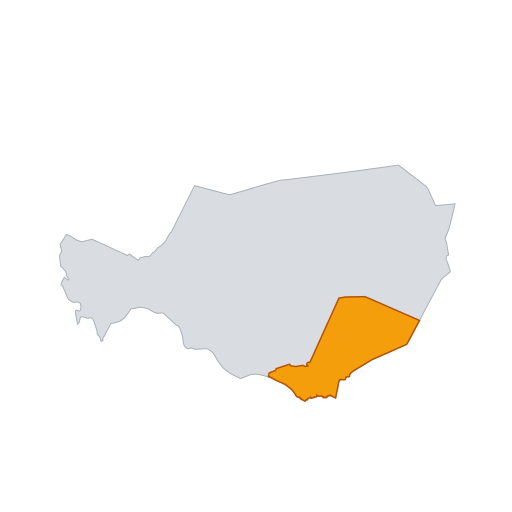 Diffa on a map of Niger (orthographic projection), rotated 24°
{"feature_id": "NER-796", "entity_name": "Diffa", "entity_type": "Department", "adm_level": 1, "iso_a3": "NER", "parent_name": "Niger", "parent_adm1": "", "projection": "orthographic", "projection_center": [13.155, 15.532], "detail": "fine", "context": "in_parent", "style": "filled", "palette": "amber", "viewbox_px": 512, "rotation_deg": 24, "n_neighbors": 0, "source": "natural_earth", "source_scale": "10m", "svg_char_len": 6588}
<svg xmlns="http://www.w3.org/2000/svg" viewBox="0 0 512 512"><g transform="rotate(24 256 256)"><path d="M386.4,353.3L382.2,353.3L379.7,354.1L376.7,356.5L373.2,357.4L369.0,359.5L366.4,361.2L363.9,362.5L360.5,365.7L359.3,368.1L355.9,368.6L351.2,368.2L348.1,365.7L341.1,363.1L336.6,362.0L334.5,361.7L323.7,361.1L312.3,362.0L306.5,363.1L305.4,363.4L302.1,364.9L299.3,366.6L291.8,374.3L282.0,373.9L276.2,372.9L271.3,371.6L264.4,367.7L256.0,361.9L252.8,361.1L249.8,360.6L248.8,360.6L238.5,366.0L236.6,365.8L234.2,366.3L232.6,367.7L231.4,368.4L230.2,368.4L228.6,368.1L227.0,367.2L225.5,365.6L221.5,359.2L220.6,358.1L218.9,356.2L216.0,353.2L214.0,351.8L212.7,351.4L211.3,351.6L203.2,348.9L195.2,346.0L193.4,346.2L192.1,346.7L189.2,348.6L185.9,348.8L181.7,348.5L179.4,348.1L175.7,348.6L173.2,349.3L169.9,350.5L165.6,353.9L164.4,354.3L163.4,354.8L161.6,364.5L160.4,367.4L158.1,371.2L153.8,374.7L150.8,376.8L150.7,379.9L150.3,384.8L150.1,388.2L150.2,390.4L149.7,391.5L149.5,392.4L149.6,393.9L150.2,394.6L150.6,395.5L150.3,396.2L148.9,397.0L147.5,394.8L145.6,393.1L143.5,392.3L142.2,391.1L141.5,389.5L138.8,386.3L132.7,379.9L132.0,379.8L131.0,379.5L129.2,380.1L128.0,381.1L127.3,381.4L126.1,381.4L123.0,382.0L120.6,382.9L120.5,383.7L121.5,388.3L120.8,390.8L119.8,389.6L116.5,384.8L114.2,381.2L113.8,380.4L113.5,379.2L113.8,378.7L114.8,378.4L117.0,378.1L117.4,377.7L117.6,376.8L117.3,375.0L116.2,372.6L115.0,370.9L114.3,370.6L112.9,370.5L111.5,370.6L108.7,372.4L107.5,372.7L104.8,372.4L102.3,371.9L100.9,370.8L96.6,366.7L91.8,362.4L89.8,361.7L89.4,361.2L89.2,358.1L89.4,354.4L89.8,353.4L91.8,354.1L93.9,354.5L94.7,353.8L93.0,352.4L90.6,350.9L89.7,348.8L89.0,348.1L88.0,347.3L86.7,346.8L85.4,346.2L84.6,345.5L83.1,345.2L81.6,344.7L79.6,341.2L77.6,337.9L76.5,335.3L76.1,333.7L76.9,331.2L76.3,330.1L74.0,327.3L72.2,324.7L72.9,321.0L73.5,317.9L73.6,315.9L74.0,314.8L74.3,313.5L75.7,313.2L79.0,313.4L85.6,314.4L90.8,314.0L91.1,313.9L95.0,310.8L99.3,307.4L105.5,307.4L112.2,307.4L117.5,307.5L125.2,307.7L131.4,307.7L138.6,307.8L138.9,306.2L139.4,305.8L140.1,305.8L145.3,306.9L150.3,308.0L150.8,304.9L155.3,301.3L157.8,300.6L158.5,299.9L159.3,298.7L159.9,296.7L160.2,295.3L161.1,294.1L161.9,292.0L163.0,288.2L165.6,284.3L167.3,278.9L167.7,273.6L168.2,269.6L168.9,268.8L169.2,261.7L169.5,254.6L169.8,248.6L170.1,241.1L170.4,234.5L170.8,227.3L171.1,220.9L171.3,216.7L176.3,215.9L181.5,215.0L189.0,213.8L197.2,212.5L206.2,211.0L208.2,209.9L215.2,204.0L218.3,201.4L224.5,196.0L229.3,191.9L235.4,186.7L241.8,181.5L246.9,177.3L254.9,172.6L266.8,165.5L278.7,158.3L290.6,151.2L302.4,144.0L314.2,136.8L325.9,129.5L337.6,122.3L349.2,115.0L360.9,117.8L371.9,120.5L383.0,123.2L385.7,124.6L391.6,129.9L399.2,136.6L399.6,136.7L399.9,136.7L407.2,132.7L416.6,127.4L416.6,127.5L419.3,141.4L421.3,153.4L421.5,161.0L421.6,163.0L422.4,164.4L424.2,165.7L431.5,176.7L430.0,178.6L431.1,182.1L433.0,183.5L439.0,190.0L439.8,191.3L439.5,192.4L435.5,200.2L434.8,202.1L434.1,212.1L433.6,219.1L432.9,228.7L432.1,240.2L431.5,250.0L430.6,262.8L429.7,275.0L423.7,281.8L413.0,293.7L404.2,303.4L399.7,309.9L391.1,322.6L387.2,330.7L384.2,335.0L382.7,336.8L384.0,342.8L386.4,353.3Z" fill="#d9dde1" stroke="#a8b0b8" stroke-width="1"/><path d="M386.4,353.3L380.6,353.0L379.9,353.2L379.7,353.3L379.7,353.8L379.3,354.0L378.4,354.9L378.2,355.1L378.1,355.4L378.1,355.5L378.2,355.8L378.2,356.0L377.8,356.0L377.7,356.0L377.5,356.4L377.6,356.5L377.9,356.5L377.5,357.1L376.9,357.3L376.3,357.4L375.6,357.7L375.8,357.3L375.7,357.1L375.3,357.1L375.2,357.5L375.0,357.4L374.6,357.5L374.2,357.5L373.9,357.4L374.0,357.2L373.4,357.1L372.8,357.3L370.6,358.4L370.0,358.5L369.3,358.4L369.2,358.8L368.7,358.6L368.3,358.5L368.5,358.8L368.9,359.0L369.0,359.2L368.7,359.5L368.0,360.2L368.0,360.3L368.0,360.5L367.8,360.5L367.7,360.5L367.3,360.7L367.2,360.8L367.3,361.1L367.4,361.3L367.5,361.3L367.1,361.4L366.9,361.1L366.7,361.1L366.5,361.5L365.9,362.3L365.5,362.6L365.0,362.7L364.7,362.8L364.6,363.4L364.4,363.5L364.0,363.4L363.8,363.3L363.6,363.1L363.3,362.9L363.3,363.3L363.2,363.4L363.1,363.6L362.9,363.7L362.7,363.7L361.7,364.5L361.6,364.9L361.3,365.3L361.1,365.7L361.5,365.8L361.4,366.4L361.2,366.6L361.0,366.9L360.9,366.9L360.3,367.0L360.2,367.1L360.0,368.4L359.9,368.7L359.6,368.8L359.2,368.8L358.7,368.6L358.2,368.5L357.5,368.5L356.7,368.4L356.3,368.3L356.1,368.5L355.9,368.3L355.7,368.1L355.3,368.0L355.1,368.1L355.0,368.3L354.9,368.3L354.7,368.3L354.7,368.2L354.6,367.9L354.3,367.8L353.1,367.3L352.7,367.4L352.2,367.7L351.9,367.8L351.1,367.9L349.7,367.5L349.3,367.3L348.2,366.4L344.9,364.4L342.3,363.3L335.1,361.4L323.6,361.4L319.3,360.8L317.0,361.0L316.4,361.1L315.6,358.2L315.7,357.8L315.8,357.2L320.0,353.0L320.2,352.7L320.3,352.3L320.3,352.0L320.3,351.4L320.3,350.9L320.3,350.7L320.5,350.5L330.1,341.7L330.6,341.4L330.9,341.3L331.2,341.4L332.2,342.0L332.5,342.1L332.9,342.1L337.3,340.8L343.2,336.9L343.5,336.8L345.7,336.9L346.0,336.8L346.3,336.7L347.9,335.5L348.1,335.3L348.0,335.1L347.0,334.8L346.7,334.7L346.6,334.4L346.4,334.2L346.3,333.8L346.3,333.5L346.3,332.9L346.4,332.6L346.5,332.3L346.8,332.1L347.4,331.7L348.1,331.3L348.5,331.3L348.5,331.2L348.9,260.8L349.4,260.6L349.7,260.2L354.5,257.0L372.2,248.8L431.4,248.4L431.6,248.4L431.6,248.6L431.5,249.8L431.4,250.9L431.3,252.0L431.3,253.1L431.2,254.2L431.1,255.3L431.0,256.4L430.9,257.5L430.9,258.6L430.8,259.8L430.7,260.9L430.6,262.0L430.5,263.1L430.5,264.2L430.4,265.3L430.3,266.4L430.2,267.5L430.1,268.6L430.1,269.8L430.0,270.9L429.9,272.0L429.8,273.1L429.7,274.2L429.7,274.8L429.6,275.1L429.5,275.4L429.2,275.8L428.5,276.7L427.2,278.1L425.9,279.5L424.6,281.0L423.3,282.4L422.0,283.8L420.7,285.3L419.4,286.7L418.1,288.1L416.8,289.6L415.5,291.0L414.2,292.4L412.9,293.8L411.6,295.3L410.3,296.7L409.0,298.1L407.7,299.6L406.8,300.6L405.5,302.0L404.2,303.4L403.5,304.4L402.8,305.4L402.1,306.4L401.4,307.4L400.7,308.4L400.0,309.4L399.4,310.4L398.7,311.3L398.0,312.3L397.3,313.3L396.6,314.3L395.9,315.3L395.2,316.3L394.5,317.3L393.8,318.3L393.1,319.3L392.4,320.3L391.7,321.3L391.1,322.6L390.3,324.2L390.0,325.0L389.9,325.5L389.8,326.0L389.9,326.5L390.3,327.5L390.3,328.0L390.1,328.6L389.7,328.8L389.3,328.8L388.8,328.9L388.6,329.1L387.8,329.9L387.4,330.3L387.3,330.5L387.6,330.8L387.8,331.8L387.8,332.3L387.6,332.7L386.8,333.4L386.4,333.5L385.9,333.6L384.9,333.7L384.1,334.0L383.5,334.3L382.7,335.4L382.7,336.8L383.1,338.5L383.5,339.8L383.7,340.9L383.9,341.7L384.0,342.4L384.2,343.2L384.4,344.0L384.6,344.8L384.7,345.5L384.9,346.3L385.1,347.1L385.2,347.9L385.4,348.6L385.6,349.4L385.8,350.2L385.9,351.0L386.1,351.7L386.3,352.5L386.4,353.3Z" fill="#f59e0b" stroke="#b45309" stroke-width="1.5"/></g></svg>